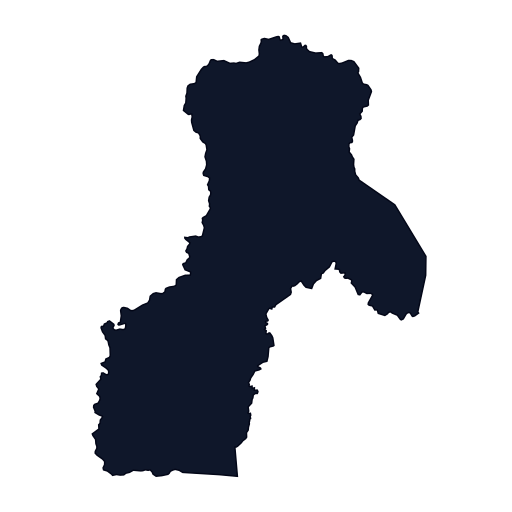 El Porvenir, Francisco Morazán, Honduras, rotated 358°
{"feature_id": "27666195B45920652298174", "entity_name": "El Porvenir", "entity_type": "district", "adm_level": 2, "iso_a3": "HND", "parent_name": "Honduras", "parent_adm1": "Francisco Morazán", "projection": "mercator", "projection_center": [-87.232, 14.709], "detail": "fine", "context": "isolated", "style": "filled", "palette": "ink", "viewbox_px": 512, "rotation_deg": 358, "n_neighbors": 0, "source": "geoboundaries", "source_scale": "gbopen_adm2", "svg_char_len": 6038}
<svg xmlns="http://www.w3.org/2000/svg" viewBox="0 0 512 512"><g transform="rotate(358 256 256)"><path d="M89.7,406.8L93.7,409.4L96.8,410.6L97.0,411.0L96.5,412.3L94.7,414.5L94.3,417.8L92.9,419.2L93.0,423.4L86.2,428.1L86.8,429.8L89.3,433.7L89.5,438.1L90.3,440.5L90.3,442.6L88.6,445.6L88.4,447.4L90.3,449.6L95.6,453.6L97.6,456.1L97.4,459.3L95.8,462.4L96.2,464.4L100.0,465.7L104.1,469.0L105.0,470.2L108.9,469.5L112.6,470.2L116.2,470.1L118.4,468.5L122.0,467.8L125.9,465.8L133.3,466.7L135.4,466.6L137.9,465.8L140.8,466.4L142.8,466.0L144.8,468.4L145.5,470.4L148.5,472.6L154.2,472.2L160.4,471.1L161.7,470.0L162.8,468.2L165.4,467.0L167.8,466.4L171.8,467.5L175.2,469.7L211.6,473.2L229.7,475.5L228.2,446.3L229.6,446.2L231.0,445.4L234.8,442.1L236.2,440.3L239.3,438.1L240.3,436.7L240.3,432.2L242.1,429.7L242.5,426.7L243.5,423.6L243.4,421.5L243.9,420.7L244.0,418.9L244.9,418.3L244.6,415.9L245.2,414.9L244.9,413.0L243.3,413.2L242.4,412.5L243.3,410.8L242.9,406.5L246.5,402.9L247.1,399.1L247.9,397.7L248.4,394.8L250.3,393.4L252.5,393.4L253.2,391.7L252.6,390.1L249.6,390.1L249.8,387.7L247.6,388.2L247.5,385.9L245.5,386.3L244.7,386.1L244.5,385.4L244.8,384.3L244.1,382.0L245.6,380.1L246.5,377.6L248.9,374.4L250.8,370.9L255.1,369.9L256.9,369.0L256.5,368.1L253.9,366.6L253.8,365.7L259.2,362.4L263.2,361.6L264.5,357.0L265.6,348.0L266.6,347.3L270.2,346.5L270.8,346.0L269.9,338.4L269.0,336.2L267.1,333.4L266.2,333.4L264.8,334.4L263.5,334.2L263.2,333.3L263.6,331.0L261.9,329.6L263.0,328.6L262.4,326.1L264.7,325.0L265.2,324.3L264.8,323.6L263.4,323.0L263.2,321.9L263.8,321.5L265.4,321.3L265.9,320.5L264.5,317.7L263.8,314.2L267.1,308.9L267.7,308.7L269.9,309.5L270.5,307.5L272.8,307.6L274.1,305.4L289.1,295.6L289.9,293.4L289.4,289.7L291.0,287.2L292.2,287.4L293.7,287.0L296.1,285.3L298.3,283.2L300.3,282.5L302.9,286.8L304.9,289.0L310.5,290.4L312.4,285.9L315.5,282.7L319.8,280.6L320.7,276.0L322.6,275.3L324.5,272.9L328.9,269.5L331.7,264.5L332.9,264.0L334.5,264.0L335.6,264.7L335.9,266.4L334.6,271.7L338.4,272.1L338.9,272.8L339.2,274.8L340.3,276.1L344.2,275.9L344.5,278.1L343.0,279.8L343.7,281.0L344.9,281.4L347.1,281.3L350.6,283.2L350.9,284.3L350.3,286.3L354.0,290.5L356.8,298.0L358.4,298.4L360.5,295.9L361.6,295.5L363.0,295.9L365.4,297.3L369.4,297.3L370.7,298.1L371.2,299.3L366.7,306.7L366.4,308.2L367.3,309.1L370.7,310.0L372.9,314.1L374.7,314.0L375.5,314.7L376.2,317.6L382.7,319.9L385.4,318.3L386.4,317.0L388.4,316.4L390.2,317.8L395.2,320.1L398.1,324.4L399.0,324.9L401.0,324.0L404.0,319.2L405.4,318.1L406.9,317.8L408.2,318.3L409.9,321.4L410.6,321.9L412.5,321.4L416.5,318.7L415.7,317.6L424.9,281.2L425.8,262.3L396.5,209.7L361.7,183.8L360.9,181.5L358.4,178.4L357.6,174.8L357.7,172.4L357.0,170.8L356.7,168.0L357.2,162.7L355.6,160.1L355.0,158.3L352.7,155.3L353.2,152.0L352.6,150.2L352.7,147.5L353.7,146.1L355.7,145.9L356.3,145.2L356.4,143.9L355.8,140.6L357.7,138.5L359.7,129.4L361.7,126.6L362.6,124.0L364.8,123.2L365.8,122.2L365.7,120.0L364.6,117.7L367.2,115.0L367.4,112.4L367.8,111.5L368.5,110.8L372.4,110.0L373.6,109.0L373.6,104.2L377.1,95.7L376.7,93.9L373.8,89.4L372.6,88.7L369.4,88.0L368.2,86.7L366.6,81.1L364.1,76.5L364.9,75.3L365.2,71.9L360.6,65.2L358.0,64.0L355.3,63.8L348.8,66.2L346.3,66.6L344.7,66.4L341.9,62.9L339.1,61.3L339.0,58.5L338.5,57.7L337.8,57.7L334.8,59.3L331.2,59.4L330.2,58.6L329.8,56.1L328.8,55.1L322.7,55.3L316.5,53.6L314.0,51.2L313.6,49.8L313.7,48.2L313.1,47.3L312.4,47.2L310.5,48.8L309.6,49.1L308.8,48.2L307.9,44.8L302.1,45.4L298.0,44.1L295.8,38.7L293.6,36.9L291.9,36.5L291.0,36.8L290.5,37.4L290.6,40.5L288.2,41.3L287.5,40.7L286.8,37.8L285.9,37.4L284.0,37.7L276.2,40.0L272.0,38.9L269.3,39.6L268.7,40.1L268.8,41.8L268.4,43.4L266.7,46.5L266.1,50.1L266.4,54.1L266.0,56.2L261.4,59.7L256.1,62.0L252.9,62.7L246.4,61.8L242.8,62.9L240.6,62.4L236.7,62.6L230.7,59.6L224.0,60.1L220.5,58.3L218.1,58.3L217.3,59.1L215.9,62.2L214.2,64.3L212.5,65.0L211.6,64.8L210.2,65.3L207.9,67.6L203.0,74.8L202.2,80.6L200.4,81.6L196.2,82.1L194.0,83.6L193.1,85.8L192.7,90.9L191.5,93.8L191.7,95.9L191.2,100.6L189.6,103.1L188.6,108.0L193.3,112.1L194.1,112.2L196.1,111.7L196.8,112.0L197.1,114.8L196.3,117.8L196.4,120.2L198.3,128.3L200.3,130.1L202.9,131.0L204.5,134.0L204.4,136.6L206.8,140.1L209.4,141.8L210.1,143.3L210.7,148.1L209.3,151.6L208.5,155.1L209.8,159.6L209.9,163.2L208.7,167.1L206.3,170.4L206.1,171.8L206.6,173.6L210.9,175.1L212.4,176.5L212.0,179.2L210.1,183.1L211.0,184.7L211.1,187.8L211.6,188.7L212.6,189.2L213.1,191.2L212.7,193.4L211.3,195.5L210.6,199.0L211.5,202.3L211.1,204.6L212.0,206.0L212.0,207.3L207.8,214.0L204.5,215.7L203.7,216.5L204.0,218.3L203.4,220.7L204.8,223.5L205.4,226.0L203.1,234.1L201.7,234.8L199.1,235.1L196.4,234.0L190.0,234.7L188.8,235.4L185.5,234.9L185.6,235.9L186.6,237.1L190.5,240.5L190.1,241.7L188.0,244.0L187.4,246.3L186.1,248.5L186.8,249.9L188.9,251.0L189.8,254.4L189.2,255.9L187.3,257.2L185.6,260.4L183.0,261.1L182.5,262.1L184.7,267.3L190.0,269.6L190.1,271.0L189.6,272.9L184.6,272.8L178.3,274.8L175.7,276.9L175.3,282.0L174.5,282.9L172.9,283.5L168.4,284.0L165.0,285.2L164.3,286.0L163.7,288.7L161.4,290.3L159.6,290.3L154.8,289.3L152.0,290.0L148.9,292.5L148.1,296.4L146.2,299.2L140.9,301.1L132.5,305.9L130.9,306.3L128.9,306.2L125.7,303.8L122.0,302.8L120.4,303.1L119.2,304.6L118.8,305.9L119.3,311.1L118.2,317.0L118.0,317.6L116.3,318.1L115.7,319.5L116.2,320.1L117.2,320.1L122.1,318.8L123.1,318.9L123.5,319.7L123.4,321.5L122.9,323.7L122.2,324.6L120.4,324.9L117.3,324.3L113.7,325.3L112.1,325.0L110.8,323.8L110.4,322.7L111.7,320.4L111.5,319.3L107.3,315.8L105.5,316.4L104.9,317.6L102.1,318.7L101.1,321.1L99.5,320.9L98.8,321.5L98.7,322.5L100.0,326.4L102.5,330.1L102.8,333.5L104.8,335.2L105.3,336.3L105.8,339.6L106.9,342.6L106.9,350.1L106.5,351.4L105.8,352.3L102.4,353.7L101.5,356.6L97.5,358.0L98.0,359.6L102.0,362.5L104.1,364.5L104.7,365.9L104.7,367.7L104.2,369.1L102.9,369.6L101.6,369.1L99.1,367.5L97.6,367.7L97.3,370.0L96.2,371.2L96.7,373.7L91.8,378.7L92.3,380.7L94.3,383.4L92.1,388.0L94.9,390.8L95.3,393.0L94.7,394.9L93.0,397.6L89.7,398.6L88.7,399.6L88.4,401.5L89.9,405.5L89.7,406.8Z" fill="#0f172a" stroke="#020617" stroke-width="1.5"/></g></svg>